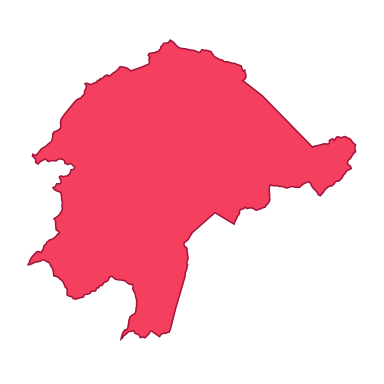 outline of Icó, Ceará, Brazil, rotated 183°
{"feature_id": "56859067B37935390607257", "entity_name": "Icó", "entity_type": "district", "adm_level": 2, "iso_a3": "BRA", "parent_name": "Brazil", "parent_adm1": "Ceará", "projection": "natural_earth1", "projection_center": [-38.777, -6.36], "detail": "fine", "context": "isolated", "style": "filled", "palette": "rose", "viewbox_px": 384, "rotation_deg": 183, "n_neighbors": 0, "source": "geoboundaries", "source_scale": "gbopen_adm2", "svg_char_len": 5331}
<svg xmlns="http://www.w3.org/2000/svg" viewBox="0 0 384 384"><g transform="rotate(183 192 192)"><path d="M145.7,316.4L147.0,315.5L148.4,317.6L149.3,320.3L151.3,321.1L154.6,322.0L156.2,322.8L157.9,322.6L159.8,323.0L161.8,323.6L164.2,324.0L166.7,323.7L168.6,325.4L170.5,325.4L171.9,326.1L173.7,326.9L175.4,327.6L177.0,328.6L178.1,330.1L180.5,333.3L183.0,333.8L184.6,334.2L187.1,334.2L189.6,334.7L191.1,332.2L192.6,331.8L197.0,333.5L201.9,333.9L207.1,334.8L210.1,334.8L213.0,335.7L216.6,338.7L217.6,340.0L219.9,341.6L221.6,342.6L223.4,340.1L226.0,339.1L228.1,339.1L229.2,337.0L230.6,335.6L231.0,333.3L232.4,331.7L233.5,330.5L235.0,330.1L236.4,329.3L240.5,328.5L242.1,328.0L242.9,326.1L241.1,324.5L242.0,322.4L241.4,320.1L241.6,317.6L249.8,313.7L259.6,309.7L262.4,311.9L264.7,312.7L266.8,313.1L268.5,313.3L270.5,313.3L271.3,311.9L274.0,308.8L277.7,306.1L279.3,304.2L281.1,303.3L282.3,304.4L283.9,304.1L285.8,302.8L287.1,300.9L289.9,300.1L290.4,298.5L292.1,298.6L293.2,296.5L294.8,296.0L298.0,294.3L299.9,294.1L302.5,295.2L304.6,294.4L303.1,292.7L303.3,289.6L304.5,287.7L304.7,284.0L307.0,281.6L307.9,280.0L310.3,279.1L312.0,277.9L313.9,275.9L320.4,267.0L321.8,265.1L323.7,262.5L326.5,257.9L327.0,254.2L326.4,250.7L326.8,248.7L328.6,246.9L330.9,245.7L333.3,244.5L334.0,242.8L333.9,240.9L334.2,238.3L334.8,235.5L336.2,234.0L338.5,232.1L340.8,229.6L343.5,228.1L345.3,226.5L347.3,223.2L350.4,220.2L353.0,221.4L353.3,219.7L350.0,216.7L349.7,213.2L347.2,211.9L345.9,213.6L343.6,215.4L340.0,217.3L337.7,215.2L336.2,214.9L334.5,216.0L332.5,216.1L329.4,215.9L327.2,217.7L325.4,218.2L322.7,217.7L320.8,216.4L320.4,214.0L317.3,212.9L315.8,213.8L314.3,214.0L310.2,210.4L311.3,208.5L313.9,208.0L314.9,204.0L317.3,201.6L319.4,201.1L321.8,200.6L323.5,201.3L325.3,200.1L323.6,196.7L323.1,195.0L324.1,193.4L327.6,193.1L328.8,190.2L331.1,189.1L329.9,187.4L327.7,186.2L324.5,185.2L323.0,184.6L322.1,181.0L321.7,177.2L320.8,174.8L321.2,171.4L320.5,167.8L321.7,165.3L323.6,161.9L326.0,159.8L328.5,158.0L326.8,156.2L326.4,151.6L325.6,146.8L323.4,145.8L322.0,144.1L323.8,143.1L325.4,140.8L326.8,139.2L329.7,137.3L331.9,136.6L334.6,133.8L335.3,132.0L336.9,130.8L337.8,126.8L339.6,123.7L341.2,124.3L343.0,124.5L344.4,123.7L346.2,121.6L348.1,119.3L350.0,116.1L350.7,113.4L351.9,110.8L350.0,111.1L347.9,112.1L346.0,113.1L343.9,114.1L341.6,114.3L339.6,115.2L337.9,116.1L335.6,116.5L333.7,114.9L331.2,114.1L329.7,111.8L328.9,110.2L327.7,109.0L326.8,107.1L326.3,105.0L325.9,102.7L325.6,100.9L323.3,100.6L321.1,99.9L319.4,98.2L317.6,97.1L315.9,95.2L314.9,93.3L313.9,90.7L311.5,88.5L311.5,85.6L311.3,82.5L309.3,81.6L307.3,81.3L306.0,80.6L304.9,79.3L302.9,78.9L300.1,79.7L298.1,80.6L296.5,80.9L294.8,81.6L294.4,83.5L293.0,84.2L290.9,84.5L288.5,85.4L287.2,87.6L285.2,87.9L283.3,88.1L282.5,89.6L282.2,91.3L280.4,91.3L279.1,93.6L276.9,94.0L275.6,96.4L274.4,97.4L272.9,97.9L271.1,99.4L270.0,102.5L267.6,103.7L266.1,102.5L264.3,101.0L261.9,100.5L259.9,100.4L257.9,100.4L255.5,100.0L253.4,99.4L252.2,98.1L250.1,96.9L248.2,96.4L246.5,96.7L245.8,94.6L246.2,92.7L245.1,90.0L243.4,87.4L242.8,84.5L242.2,82.6L241.6,81.0L241.5,77.5L241.4,75.0L241.8,73.3L241.8,70.4L242.6,67.5L245.0,66.3L247.3,64.1L248.2,61.0L248.4,58.3L248.6,56.4L248.9,53.6L249.7,51.5L252.0,50.6L253.4,48.4L254.6,44.6L255.2,41.4L253.9,42.6L252.8,44.7L250.9,46.1L248.4,48.9L246.9,49.5L245.3,49.7L243.0,50.5L241.5,47.8L239.1,47.2L237.4,46.5L236.1,43.9L232.9,44.6L231.3,43.9L229.8,45.6L228.4,47.1L227.4,48.5L226.3,50.8L224.4,50.8L222.8,49.4L221.4,48.7L218.9,47.1L216.8,45.8L215.7,47.9L214.1,49.0L212.3,49.6L210.7,49.5L209.3,50.4L207.5,50.8L206.4,53.9L202.3,74.5L194.9,105.6L194.5,108.0L194.4,110.8L193.7,113.4L193.0,115.4L193.2,117.1L192.5,119.2L193.7,120.7L193.2,122.7L192.4,125.3L192.7,127.3L193.3,129.9L193.8,132.5L193.9,135.2L195.2,136.8L196.8,137.3L197.4,140.0L196.2,141.9L194.6,142.9L192.8,145.1L192.0,147.2L190.6,149.4L189.6,151.5L186.7,154.3L168.0,172.6L148.3,162.1L147.7,164.4L146.5,166.9L145.3,170.2L144.1,171.8L143.3,173.6L143.9,175.2L142.6,176.6L141.4,177.7L139.7,177.9L138.3,179.6L136.2,178.3L133.7,179.2L131.6,179.2L130.0,178.8L127.9,177.5L125.9,177.3L124.2,178.3L122.5,178.9L120.9,179.8L118.4,180.6L116.7,183.1L115.2,185.1L114.1,187.1L113.8,188.9L114.3,190.6L114.3,193.3L114.7,195.9L115.0,198.8L115.0,200.9L114.2,203.1L111.7,202.6L108.8,202.5L106.8,202.9L105.1,202.1L102.8,202.3L100.2,201.7L97.8,200.9L95.3,201.7L93.5,202.5L91.4,202.8L89.6,202.1L87.2,202.2L85.1,202.1L83.8,203.5L81.1,205.9L79.0,207.0L77.1,208.0L75.3,208.0L74.1,206.8L72.6,203.9L70.7,201.6L68.6,200.0L67.1,198.3L65.9,196.0L63.7,195.0L61.7,197.4L60.1,199.6L59.4,201.4L57.9,202.5L56.6,204.2L54.6,205.0L52.7,205.4L51.6,206.5L50.3,207.8L49.6,209.3L48.4,210.3L46.3,210.4L44.8,211.8L43.2,213.4L41.8,216.6L40.3,218.2L38.5,221.3L37.0,222.1L34.2,223.7L35.1,226.1L38.0,227.9L38.3,229.8L37.6,231.9L35.7,233.5L33.1,238.2L32.0,239.7L30.7,240.8L31.6,243.7L31.6,245.9L31.1,247.6L33.3,249.2L35.0,251.1L36.3,252.7L38.1,253.8L39.8,254.2L41.1,255.1L42.7,255.4L44.7,254.4L46.4,254.1L48.8,254.8L50.4,254.5L51.7,252.5L52.5,250.7L54.2,252.5L56.2,251.7L57.6,250.5L57.3,248.1L58.6,247.0L60.3,247.1L63.5,246.9L66.0,245.8L68.3,245.2L70.4,244.6L72.7,244.0L74.0,243.1L81.7,250.2L82.9,251.3L102.0,268.9L111.9,278.0L126.9,291.8L147.1,305.9L145.2,307.5L144.2,309.2L144.3,312.0L145.4,314.4L145.7,316.4Z" fill="#f43f5e" stroke="#9f1239" stroke-width="1.5"/></g></svg>